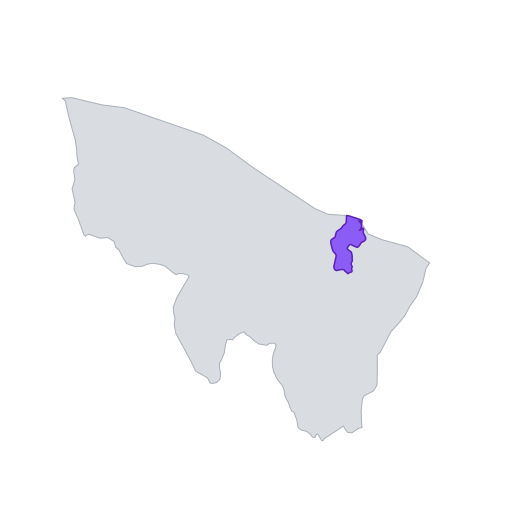 Montserrado highlighted on a map of Liberia, rotated 168°
{"feature_id": "LBR-788", "entity_name": "Montserrado", "entity_type": "County", "adm_level": 1, "iso_a3": "LBR", "parent_name": "Liberia", "parent_adm1": "", "projection": "robinson", "projection_center": [-10.594, 6.529], "detail": "fine", "context": "in_parent", "style": "filled", "palette": "violet", "viewbox_px": 512, "rotation_deg": 168, "n_neighbors": 0, "source": "natural_earth", "source_scale": "10m", "svg_char_len": 3311}
<svg xmlns="http://www.w3.org/2000/svg" viewBox="0 0 512 512"><g transform="rotate(168 256 256)"><path d="M87.7,213.1L92.1,208.9L98.4,195.6L107.4,182.8L115.7,175.2L122.3,167.3L129.3,161.3L139.3,154.3L154.6,135.9L158.1,133.8L160.6,121.1L164.4,104.8L168.8,99.8L179.2,96.8L181.7,94.0L185.4,82.5L187.7,69.2L187.9,66.3L192.0,66.0L199.0,63.1L203.1,64.4L204.9,68.3L205.8,71.5L227.1,63.2L228.9,61.5L230.1,61.7L232.7,69.2L234.3,68.8L235.5,66.6L237.0,66.4L238.6,67.4L240.3,70.9L243.0,74.0L247.6,76.2L250.5,79.3L250.2,87.3L251.3,95.0L253.3,96.8L254.4,101.5L254.9,106.6L256.0,109.3L256.8,114.4L256.4,119.9L257.3,123.8L260.6,130.5L262.8,139.0L262.8,144.9L261.6,151.2L259.3,157.0L255.4,163.2L255.0,165.7L257.4,167.3L260.9,167.7L263.9,166.4L271.4,169.3L275.4,173.4L278.9,178.5L282.0,181.1L283.4,184.3L288.7,183.4L294.9,180.3L296.2,178.8L298.0,179.6L302.0,180.0L304.8,174.4L307.1,167.9L311.9,161.0L314.3,158.3L314.9,153.9L315.1,148.1L316.8,143.1L320.8,140.4L325.1,140.4L327.4,141.4L328.6,146.3L332.1,150.0L335.0,152.5L336.6,153.5L339.1,156.4L341.4,166.1L350.6,197.5L350.2,206.1L348.3,211.8L348.3,217.3L347.7,222.8L342.1,231.8L325.5,250.1L326.8,251.7L330.8,253.8L334.8,254.9L338.1,254.3L342.3,258.9L346.7,264.7L351.5,267.7L358.3,270.3L364.3,270.6L369.4,269.6L376.5,270.7L384.1,275.5L386.9,283.4L388.7,290.2L391.4,293.7L391.7,299.6L397.1,304.8L404.9,305.9L414.9,312.0L417.4,311.7L418.5,310.9L419.8,312.1L422.3,329.7L424.3,339.1L423.3,342.9L421.9,345.8L421.9,360.1L417.3,368.3L416.6,377.3L415.4,380.2L410.5,382.8L410.5,389.7L409.2,398.0L408.7,406.8L410.1,430.0L410.3,447.3L412.5,450.5L403.1,449.1L375.4,435.9L354.0,428.4L282.4,385.2L262.5,367.8L239.5,342.0L188.5,290.1L176.9,281.8L162.3,277.7L153.2,273.3L146.8,268.5L141.6,254.1L128.9,245.5L105.4,233.3L87.7,213.1Z" fill="#d9dde1" stroke="#a8b0b8" stroke-width="1"/><path d="M159.0,276.7L157.2,276.2L146.6,270.1L145.0,268.4L145.6,266.8L146.0,267.6L146.4,268.1L147.0,268.5L147.9,268.7L146.5,266.2L146.3,263.9L147.1,261.9L149.0,259.7L147.8,259.7L146.9,260.0L146.3,260.5L145.6,261.1L145.1,259.9L146.1,257.3L146.2,256.2L146.0,255.4L145.2,252.8L145.1,252.1L145.0,251.4L145.1,250.5L145.1,249.9L145.4,249.4L145.8,248.9L146.7,248.3L147.7,247.9L149.6,247.5L149.9,247.4L151.1,246.4L152.4,245.0L153.2,244.3L153.9,243.8L154.5,243.6L155.0,243.5L155.4,243.6L156.1,243.9L159.4,246.3L159.7,246.6L160.0,246.9L161.4,247.7L162.3,247.4L164.2,245.8L165.2,244.7L165.2,244.1L164.4,242.9L162.3,240.4L161.9,239.8L161.9,236.6L161.9,235.6L162.1,235.1L162.4,234.2L162.5,233.7L162.6,231.9L163.0,231.0L164.4,229.1L164.7,228.3L164.3,226.4L164.1,225.3L164.4,224.8L165.1,224.3L165.2,223.1L165.1,221.8L165.3,221.0L165.8,220.6L168.1,220.3L169.7,219.6L172.3,223.0L172.5,223.8L173.4,224.5L174.4,224.9L177.9,225.1L178.7,225.1L179.4,225.0L179.8,224.9L180.6,225.2L181.9,226.5L182.2,228.8L182.0,229.7L177.9,238.6L177.6,239.5L177.5,240.1L177.6,240.7L177.8,241.4L177.9,241.8L178.9,243.2L179.2,243.9L179.5,244.6L179.7,245.4L180.0,247.5L180.1,252.9L179.9,254.3L179.7,255.3L179.5,255.6L178.9,256.3L178.5,256.5L178.1,256.7L175.3,257.8L175.0,257.9L174.6,258.4L174.2,259.2L172.8,262.1L172.3,262.8L172.0,263.0L171.3,263.5L167.5,265.1L166.9,265.5L164.2,267.8L163.6,268.1L162.6,268.5L162.2,268.7L161.8,268.9L161.2,269.5L160.9,270.0L160.7,270.4L159.0,276.7L159.0,276.7Z" fill="#8b5cf6" stroke="#5b21b6" stroke-width="1.5"/></g></svg>